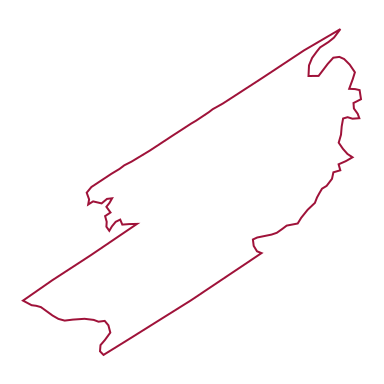 the district of Lunardelli, Paraná, Brazil
{"feature_id": "56859067B32981024727958", "entity_name": "Lunardelli", "entity_type": "district", "adm_level": 2, "iso_a3": "BRA", "parent_name": "Brazil", "parent_adm1": "Paraná", "projection": "orthographic", "projection_center": [-51.764, -24.076], "detail": "fine", "context": "isolated", "style": "outline", "palette": "rose", "viewbox_px": 384, "rotation_deg": 0, "n_neighbors": 0, "source": "geoboundaries", "source_scale": "gbopen_adm2", "svg_char_len": 1430}
<svg xmlns="http://www.w3.org/2000/svg" viewBox="0 0 384 384"><path d="M340.4,29.1L304.0,50.4L262.7,77.7L222.9,103.5L212.7,109.2L208.8,112.2L195.9,120.8L191.1,123.6L172.0,136.0L149.8,150.6L131.4,161.7L124.3,165.3L119.4,169.0L111.4,173.8L91.4,187.0L86.7,192.7L89.1,199.4L88.2,204.5L93.1,201.4L101.6,203.4L107.0,198.9L112.1,198.3L109.5,202.9L106.4,206.8L110.5,212.5L105.1,216.1L106.7,221.8L106.4,226.7L109.3,230.8L111.9,226.4L115.7,221.8L120.2,219.6L122.3,224.6L128.9,224.1L137.0,223.9L90.8,255.2L52.2,280.3L23.0,300.6L31.6,305.2L36.2,305.8L40.9,307.1L52.5,315.5L58.4,318.9L64.7,320.6L72.9,319.6L84.5,318.8L93.7,319.9L98.5,321.7L104.7,320.9L108.4,325.3L110.3,332.6L104.9,340.0L100.5,345.1L100.0,351.3L103.5,354.9L126.3,340.8L190.7,300.5L261.5,253.1L257.0,251.3L253.7,245.9L252.9,239.5L257.2,237.5L271.5,234.6L276.8,232.8L282.2,229.0L286.7,225.6L297.7,223.5L301.2,217.8L307.7,209.7L314.9,202.9L317.0,197.5L319.3,193.3L322.0,188.7L326.6,185.9L332.0,178.8L333.4,172.3L340.3,170.3L338.6,164.3L345.7,161.2L352.5,157.3L347.5,154.0L342.9,148.8L338.7,142.7L341.0,134.7L341.7,126.4L343.1,118.5L347.6,117.2L352.5,118.7L359.3,118.2L357.7,113.8L353.9,108.5L353.5,103.0L361.0,99.2L359.6,90.1L355.1,89.1L349.2,88.8L352.8,79.0L354.9,72.3L349.7,64.6L344.1,59.0L339.4,56.9L333.3,57.7L327.8,63.8L318.6,75.9L308.5,76.0L309.0,65.4L312.1,57.9L316.8,51.5L320.1,47.4L328.5,42.0L334.0,37.6L340.4,29.1Z" fill="none" stroke="#9f1239" stroke-width="2"/></svg>